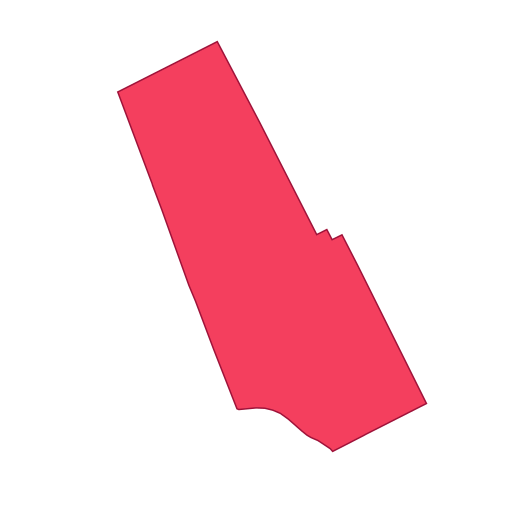 outline of Tishomingo, Mississippi, United States of America, rotated 153°
{"feature_id": "52423323B71362276548625", "entity_name": "Tishomingo", "entity_type": "district", "adm_level": 2, "iso_a3": "USA", "parent_name": "United States of America", "parent_adm1": "Mississippi", "projection": "mercator", "projection_center": [-88.206, 34.729], "detail": "fine", "context": "isolated", "style": "filled", "palette": "rose", "viewbox_px": 512, "rotation_deg": 153, "n_neighbors": 0, "source": "geoboundaries", "source_scale": "gbopen_adm2", "svg_char_len": 568}
<svg xmlns="http://www.w3.org/2000/svg" viewBox="0 0 512 512"><g transform="rotate(153 256 256)"><path d="M171.1,47.2L169.7,201.4L169.8,235.8L180.8,236.0L180.9,247.4L192.2,247.5L192.1,373.1L193.2,464.6L304.7,464.9L315.2,372.1L315.7,367.4L316.0,366.2L318.9,340.0L326.2,283.1L329.1,260.4L330.4,243.1L336.1,191.8L342.3,128.5L341.0,127.0L324.8,120.6L317.3,116.4L315.4,114.8L311.1,111.1L305.8,104.8L301.3,96.1L294.5,79.0L291.9,73.2L289.4,69.3L284.6,63.5L277.3,50.6L276.4,47.1L241.8,47.2L239.0,47.3L171.1,47.2Z" fill="#f43f5e" stroke="#9f1239" stroke-width="1.5"/></g></svg>